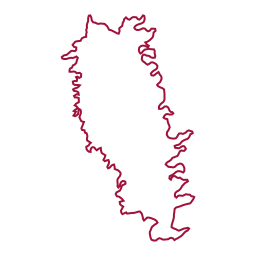 outline of Presidente Juscelino, Minas Gerais, Brazil, rotated 180°
{"feature_id": "56859067B65313354012755", "entity_name": "Presidente Juscelino", "entity_type": "district", "adm_level": 2, "iso_a3": "BRA", "parent_name": "Brazil", "parent_adm1": "Minas Gerais", "projection": "natural_earth1", "projection_center": [-44.096, -18.713], "detail": "fine", "context": "isolated", "style": "outline", "palette": "rose", "viewbox_px": 256, "rotation_deg": 180, "n_neighbors": 0, "source": "geoboundaries", "source_scale": "gbopen_adm2", "svg_char_len": 5803}
<svg xmlns="http://www.w3.org/2000/svg" viewBox="0 0 256 256"><g transform="rotate(180 128 128)"><path d="M62.6,57.0L61.8,59.0L63.0,59.6L64.6,59.7L66.1,61.3L68.3,61.4L70.0,61.8L73.3,60.2L76.8,60.5L78.3,59.8L79.6,58.4L81.0,59.6L81.1,61.7L80.5,63.3L79.0,64.6L77.5,65.3L76.0,66.6L74.7,68.4L73.8,70.0L71.2,72.8L68.1,74.7L68.7,76.2L72.8,76.2L74.3,77.0L76.1,78.4L77.8,78.0L79.3,78.6L80.9,79.8L82.4,80.0L84.1,78.6L85.1,76.3L86.6,77.5L86.3,79.8L82.7,81.7L80.0,84.0L78.3,84.8L76.4,84.8L74.5,84.3L72.8,83.5L71.8,84.6L71.6,86.3L71.7,88.0L72.2,89.4L73.2,91.1L74.3,92.1L76.1,92.4L78.5,91.5L80.1,90.2L81.1,89.2L82.8,88.6L84.6,88.9L87.6,89.2L90.3,91.6L89.4,93.2L88.0,94.2L86.3,95.1L84.7,96.5L83.6,98.1L78.6,100.0L77.7,101.3L77.0,103.0L76.1,104.7L74.7,105.5L73.4,105.2L71.7,105.2L70.1,107.1L71.1,108.9L72.1,109.9L73.7,109.8L77.1,107.7L80.9,108.2L81.4,110.0L79.8,110.7L78.1,111.1L76.3,111.8L74.1,114.4L73.0,115.2L71.3,116.1L68.3,117.2L66.8,118.9L65.6,121.8L63.3,122.7L63.7,124.4L67.2,125.6L68.7,125.0L69.8,123.8L71.1,122.9L73.1,122.1L75.0,122.6L76.8,122.5L77.9,121.1L78.8,119.3L80.3,117.6L82.8,117.4L84.7,117.6L86.2,118.0L87.9,118.9L89.3,121.5L88.9,123.9L87.4,126.1L86.3,128.6L86.8,130.6L87.6,132.3L88.2,134.2L88.7,136.9L91.0,137.4L92.5,138.4L91.6,140.2L90.3,141.5L89.0,142.0L86.0,141.4L83.9,141.6L82.7,142.7L83.6,143.8L85.2,144.1L86.3,145.1L87.8,148.5L89.5,149.6L91.3,149.5L93.7,147.5L95.5,147.1L97.0,147.2L97.0,149.7L95.5,151.8L92.5,154.3L91.5,156.4L91.5,162.3L91.8,164.8L91.9,166.6L93.6,167.8L96.3,168.9L98.0,169.9L98.9,171.1L97.8,172.3L96.0,173.8L95.1,175.5L94.4,177.3L94.7,179.6L96.2,181.4L97.5,184.0L100.1,182.2L101.1,181.2L102.5,180.4L104.5,180.7L105.1,182.6L103.6,184.3L101.6,185.8L99.9,186.7L98.8,188.1L98.6,190.1L99.9,191.9L101.4,192.8L103.1,193.6L104.8,193.6L106.7,192.2L108.4,191.3L110.1,192.4L111.5,193.7L113.3,194.9L114.2,196.6L114.1,198.2L113.8,199.9L112.7,201.3L111.1,201.3L109.6,200.4L108.1,200.3L106.5,199.9L105.5,198.8L103.2,198.2L101.2,198.3L100.7,200.1L101.4,202.8L101.3,205.0L102.0,206.6L105.2,206.8L107.2,207.2L111.4,206.3L113.1,204.7L114.3,203.1L115.6,202.5L116.6,204.0L117.2,205.9L116.8,208.3L115.3,209.8L113.5,210.4L111.2,210.2L109.3,209.2L107.8,208.8L107.2,210.3L109.4,211.7L110.7,213.6L108.5,214.3L106.4,215.7L104.2,217.8L103.2,219.0L102.7,220.8L102.4,223.5L100.5,225.1L100.8,227.1L102.4,227.3L104.6,227.3L106.4,225.2L108.0,224.7L109.5,225.7L111.1,227.4L113.2,227.7L115.0,226.7L117.5,226.0L119.3,226.1L120.9,226.9L121.7,228.3L120.9,229.7L119.5,230.8L117.2,231.8L115.3,232.3L113.8,233.0L112.4,233.9L111.4,236.3L111.4,238.5L111.8,240.1L113.0,240.6L115.1,237.7L116.6,236.4L118.3,236.9L119.5,238.6L121.1,238.9L122.9,238.9L124.3,238.2L125.3,237.2L126.6,236.3L128.4,237.0L130.0,238.6L131.9,236.7L132.3,234.6L133.2,233.4L133.8,230.0L135.4,228.9L136.8,227.5L136.4,225.0L137.3,222.3L139.2,222.8L140.7,223.7L145.1,225.9L146.8,226.1L148.8,229.7L151.4,232.1L155.5,232.5L157.7,232.1L159.2,232.5L160.7,233.3L162.8,233.7L164.2,235.4L164.7,238.5L165.7,240.6L167.2,240.3L167.8,238.0L167.9,234.8L168.8,232.4L169.2,230.5L169.0,228.3L169.8,226.1L169.3,223.7L169.9,221.7L169.8,219.2L171.9,218.8L174.2,217.6L175.4,215.2L179.2,214.7L180.7,214.3L183.4,211.2L182.1,209.3L179.7,208.5L179.8,206.0L181.1,204.8L183.0,205.2L184.7,205.1L189.4,201.1L191.9,200.7L194.2,199.0L193.7,197.5L191.8,197.0L189.7,197.0L186.4,198.0L185.0,198.2L183.4,198.0L181.6,198.5L179.6,199.5L178.2,198.2L179.0,196.0L179.8,192.9L181.4,191.4L183.1,190.6L184.1,188.3L185.9,187.5L186.5,185.9L186.5,184.3L184.7,184.2L182.4,184.5L180.7,184.2L179.4,182.8L176.2,183.1L174.8,181.9L175.0,179.1L176.7,178.1L178.7,179.4L180.0,178.9L178.8,177.0L179.3,174.9L181.5,175.0L183.2,174.4L182.7,172.0L181.3,171.1L177.8,171.0L176.2,170.7L177.5,169.2L178.8,168.3L180.9,167.7L182.9,166.6L182.2,165.2L180.4,164.9L178.7,164.4L177.6,163.6L177.3,161.3L179.3,161.8L182.0,160.1L181.2,158.6L179.2,158.6L177.3,158.0L177.2,156.2L177.2,153.8L180.0,152.3L181.3,150.6L179.7,149.8L178.5,148.6L179.4,147.0L180.8,146.3L182.2,145.0L180.1,144.2L181.1,142.5L182.5,140.4L180.9,139.8L179.2,140.8L177.9,142.0L177.6,144.3L177.2,147.1L175.6,146.3L175.1,144.9L175.1,142.9L176.6,138.8L175.6,136.5L174.8,135.0L173.4,134.3L172.1,134.1L172.9,131.8L174.6,127.8L174.0,126.1L171.5,125.7L171.0,123.3L169.4,122.8L168.6,120.1L169.0,117.5L168.9,115.6L165.2,113.2L166.4,112.1L167.5,110.4L169.7,109.3L169.5,107.0L168.7,105.7L167.3,104.4L165.4,104.1L165.4,106.5L164.5,108.2L163.2,108.9L161.6,108.4L160.5,106.9L159.2,105.7L157.1,107.4L155.2,108.1L155.0,105.6L154.3,103.0L150.6,100.7L151.2,98.6L152.6,96.1L151.1,94.8L149.4,95.6L147.5,95.9L146.9,93.9L147.2,92.3L148.0,90.8L148.7,89.0L147.9,87.7L146.2,88.4L144.8,90.1L143.5,91.1L141.9,91.4L141.4,89.1L141.3,87.0L138.3,85.9L137.0,84.9L135.6,83.4L135.4,81.6L136.3,79.6L138.3,77.1L138.6,75.6L138.3,71.3L138.5,69.8L137.7,68.5L136.3,69.9L135.7,72.1L134.9,73.8L133.4,75.0L132.0,74.9L130.7,74.3L130.5,72.3L132.2,71.3L133.6,70.8L134.4,69.5L135.0,67.5L136.1,65.4L139.5,63.6L140.3,62.0L139.2,59.8L136.7,59.2L134.0,57.1L132.5,55.2L136.3,54.1L136.0,51.9L134.6,50.5L132.8,49.4L135.0,45.4L134.7,43.4L133.6,41.9L129.8,43.6L128.9,42.4L124.3,43.0L122.1,43.1L119.9,43.6L117.9,44.3L116.1,44.5L114.3,42.5L113.4,39.6L113.0,37.2L112.0,35.5L110.5,36.8L108.9,38.4L107.1,38.4L105.3,38.0L101.8,36.6L100.5,35.9L99.3,34.8L98.5,33.4L99.7,32.3L101.1,31.5L104.0,29.1L104.7,27.6L105.4,25.7L106.2,24.2L106.2,22.3L105.4,18.2L104.5,16.3L102.2,15.4L99.8,15.6L98.3,17.0L96.6,17.8L94.9,17.3L93.5,16.5L91.5,16.4L87.7,16.8L86.5,17.7L85.1,18.2L83.3,17.8L81.5,15.9L80.0,17.0L78.4,17.7L74.5,20.2L73.3,21.4L71.4,23.6L70.0,24.7L68.3,25.5L66.9,27.4L68.2,28.2L70.1,27.7L71.9,27.5L77.1,25.3L78.7,26.0L80.3,26.9L82.3,27.6L84.4,28.8L84.3,30.9L82.5,36.9L82.1,39.0L82.1,40.7L81.3,47.2L79.9,48.5L76.1,49.6L72.8,50.9L68.1,52.2L66.4,52.4L65.2,53.3L62.6,57.0Z" fill="none" stroke="#9f1239" stroke-width="2"/></g></svg>